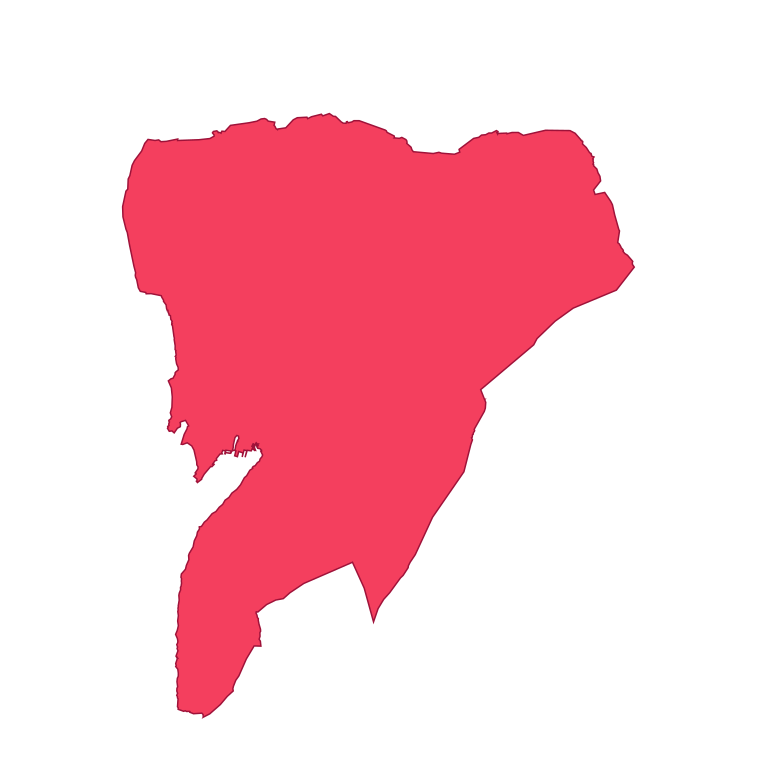 outline of Orkdal nor, Sør-Trøndelag, Norway, rotated 168°
{"feature_id": "86288312B5608393876733", "entity_name": "Orkdal nor", "entity_type": "district", "adm_level": 2, "iso_a3": "NOR", "parent_name": "Norway", "parent_adm1": "Sør-Trøndelag", "projection": "mercator", "projection_center": [9.781, 63.297], "detail": "fine", "context": "isolated", "style": "filled", "palette": "rose", "viewbox_px": 768, "rotation_deg": 168, "n_neighbors": 0, "source": "geoboundaries", "source_scale": "gbopen_adm2", "svg_char_len": 6165}
<svg xmlns="http://www.w3.org/2000/svg" viewBox="0 0 768 768"><g transform="rotate(168 384 384)"><path d="M443.7,153.5L436.5,165.5L429.1,173.4L421.8,178.7L408.2,190.9L405.1,192.8L398.6,199.3L397.9,201.2L395.5,204.2L388.9,210.6L364.2,243.6L324.1,281.5L311.7,306.7L309.1,311.0L309.6,313.2L308.8,313.6L307.9,316.1L307.2,316.3L306.7,317.7L305.3,319.1L305.0,319.8L305.2,320.9L291.6,336.3L289.9,339.3L288.3,344.9L288.8,347.9L288.5,348.1L288.9,348.2L290.6,358.4L229.4,391.2L224.9,396.6L203.5,409.9L183.1,418.9L137.2,427.5L114.9,446.3L116.1,449.3L115.9,451.0L115.2,452.2L119.1,459.4L121.3,461.5L122.6,464.0L122.2,464.5L122.3,465.5L123.8,468.3L123.8,469.2L124.8,472.2L126.0,473.7L121.8,484.8L122.2,486.2L123.2,501.4L123.3,511.9L124.3,515.6L128.3,525.5L138.1,525.5L138.7,530.2L129.9,537.6L129.6,542.3L130.8,546.2L131.1,550.0L133.6,553.8L133.3,554.8L133.9,555.6L133.0,556.8L133.2,558.7L132.7,559.8L133.0,560.7L131.4,562.4L133.2,563.5L133.5,564.3L133.4,565.1L133.7,565.6L133.5,566.4L134.8,567.5L137.0,573.3L139.9,577.4L139.2,579.9L139.8,580.3L139.9,581.1L140.8,581.6L140.8,582.2L144.9,589.5L149.4,593.2L173.3,598.6L196.0,598.2L200.3,602.1L206.5,603.4L211.7,603.2L211.8,603.9L220.5,605.4L220.9,604.8L221.3,606.3L220.3,606.0L220.3,606.8L220.0,607.2L221.3,608.5L226.5,607.1L229.3,607.7L232.7,606.7L236.9,607.2L240.0,605.6L245.3,605.6L261.8,597.9L261.7,595.0L267.3,594.1L279.7,597.8L282.1,599.2L287.9,599.2L307.0,605.1L308.0,607.3L308.3,610.0L311.7,614.6L311.2,615.6L311.2,617.3L311.8,618.6L315.3,621.5L317.9,621.1L322.8,622.6L322.5,622.8L322.5,624.5L328.7,629.5L329.1,631.2L330.1,632.2L353.5,646.7L358.7,647.8L361.0,647.0L364.9,647.0L365.3,648.3L366.2,648.3L366.9,646.9L369.6,647.6L371.3,649.2L375.8,655.8L377.9,656.4L381.2,659.9L388.1,659.0L389.2,660.9L399.4,660.5L403.5,659.4L403.9,661.0L413.5,662.5L417.8,661.3L426.8,655.0L434.8,655.5L435.2,654.9L436.5,656.2L437.1,658.8L437.8,659.7L436.4,662.8L442.6,665.2L443.9,667.3L445.6,668.5L449.2,668.8L453.7,667.5L461.7,667.6L480.4,668.9L487.1,664.1L490.0,665.0L491.3,663.2L492.2,664.1L493.9,664.4L494.0,665.4L494.9,666.4L498.4,666.5L499.6,665.3L498.4,662.9L498.7,661.7L503.3,660.3L514.2,661.4L535.3,665.1L534.8,666.5L546.4,666.6L551.8,667.4L553.6,669.6L557.3,669.8L564.0,672.3L568.0,669.1L572.6,662.3L581.6,654.4L584.9,650.3L589.3,640.6L591.6,637.7L594.1,627.9L596.3,626.3L602.8,611.8L604.6,601.7L604.2,589.2L603.6,585.6L604.0,572.7L604.1,551.3L603.8,544.5L604.7,542.1L604.8,540.2L604.2,537.5L604.3,529.2L603.1,525.3L598.0,523.1L597.9,521.7L593.0,520.8L583.5,516.7L583.3,515.1L582.2,511.7L582.5,510.7L580.7,506.7L581.0,503.0L580.7,500.8L580.1,500.9L580.2,498.8L579.7,497.0L580.0,496.3L578.7,495.3L579.1,491.7L578.2,489.2L578.6,488.8L579.1,486.8L578.8,486.7L579.3,486.1L578.8,485.1L579.6,474.0L579.5,472.5L580.0,471.0L580.3,464.9L581.2,461.0L580.6,460.1L581.0,459.2L581.3,455.5L582.5,454.3L581.9,453.4L582.5,452.0L582.7,446.8L581.9,443.1L582.3,440.6L585.3,439.0L586.1,438.2L586.3,436.9L589.2,433.5L591.2,433.4L594.3,431.9L592.8,424.4L593.8,415.4L596.3,405.3L599.0,400.2L598.5,396.1L599.9,394.2L602.0,393.2L602.1,391.7L601.8,391.4L602.9,389.6L603.0,388.1L604.4,387.5L604.3,386.5L605.0,385.7L603.9,382.4L601.2,382.2L599.4,379.8L595.3,383.7L592.1,384.6L591.4,387.2L591.5,388.7L590.2,389.3L585.7,389.7L584.0,384.5L583.8,383.6L585.1,383.1L586.0,381.1L589.9,376.3L594.9,367.3L593.4,366.7L588.7,367.4L584.9,363.4L583.6,358.9L583.4,346.9L583.9,343.8L583.1,341.7L583.4,340.6L583.7,339.6L587.2,336.3L586.5,335.7L586.5,335.1L589.3,333.3L586.7,330.0L587.1,328.1L587.7,327.9L587.0,326.4L582.2,328.7L581.7,329.8L578.6,333.2L570.6,339.4L569.6,338.9L567.4,340.3L566.3,341.2L567.5,340.4L568.4,341.2L565.3,344.0L563.5,344.2L563.5,345.9L559.0,349.6L556.7,349.3L557.0,350.4L555.6,352.6L553.0,351.6L554.2,348.9L553.8,348.7L552.4,352.1L547.2,350.1L548.7,348.3L552.6,349.6L549.0,348.2L548.2,348.2L546.9,350.0L544.9,350.3L545.7,351.4L544.8,352.9L543.9,356.1L540.9,362.6L538.6,364.3L537.2,363.3L537.3,360.9L539.2,358.9L539.4,358.5L538.3,359.0L540.2,357.2L541.8,354.6L543.4,350.5L544.4,350.4L542.8,349.4L545.0,344.8L542.5,343.4L540.1,348.2L536.3,345.9L537.9,342.1L534.6,348.5L532.1,347.3L535.1,341.2L531.6,347.6L527.8,346.2L525.3,349.5L526.2,350.5L524.0,353.3L524.8,351.8L523.8,351.6L525.8,347.8L525.4,347.0L524.5,347.1L524.4,345.9L523.7,345.6L524.2,346.2L523.9,347.0L524.0,346.3L523.5,346.0L524.1,349.8L523.7,349.9L523.3,351.3L521.2,353.1L520.8,352.4L521.7,351.1L521.7,350.5L521.0,351.6L519.9,351.5L521.3,350.6L519.8,350.2L521.0,348.7L520.9,347.4L518.4,346.2L518.0,344.9L517.6,344.8L517.7,343.8L518.5,343.8L517.5,339.8L518.5,338.2L520.6,336.6L521.9,334.3L524.2,333.4L526.9,330.9L529.1,330.5L530.1,329.7L529.9,328.9L530.4,328.6L533.2,327.5L537.4,322.8L540.0,321.4L545.3,315.2L550.0,311.5L555.5,308.9L559.2,305.3L563.6,303.4L566.8,299.8L570.8,297.7L574.9,294.2L579.1,292.9L585.4,287.8L588.5,286.2L592.2,282.6L594.4,282.7L594.7,280.5L597.3,277.9L598.7,274.5L602.2,270.0L604.6,264.3L609.6,258.9L610.8,256.9L611.4,252.7L615.0,247.7L616.7,244.1L621.7,240.3L622.8,237.2L622.5,235.7L623.2,233.4L623.4,231.4L624.5,228.4L625.3,227.5L625.8,224.8L627.7,222.1L628.6,219.9L629.3,215.1L631.4,209.8L631.6,208.4L632.1,207.8L632.3,205.9L633.0,204.3L633.3,200.2L635.1,195.1L635.4,190.3L637.5,185.9L639.9,182.4L639.0,177.9L639.1,175.3L639.7,173.6L640.9,172.2L640.6,169.6L641.4,168.3L641.0,165.9L643.8,161.4L643.0,159.3L643.6,159.7L643.3,158.8L643.5,158.0L645.9,153.8L645.8,151.8L646.5,151.0L645.0,147.9L645.3,144.0L646.0,140.9L647.3,139.2L648.4,135.9L648.8,130.7L649.8,129.4L650.5,126.7L650.2,124.4L651.5,122.5L651.0,121.1L651.3,119.9L650.9,118.9L653.1,111.2L652.6,110.1L653.0,108.6L648.0,105.5L646.3,105.7L645.4,104.8L642.3,104.2L642.0,104.0L642.2,103.3L638.9,101.1L630.6,99.9L629.6,98.2L630.0,96.7L629.6,96.2L630.0,95.7L623.0,97.6L610.7,104.5L602.2,111.1L595.3,115.1L595.2,117.4L594.1,119.7L590.6,125.0L586.7,128.6L575.8,143.7L565.5,154.8L558.9,153.2L558.4,158.2L559.2,160.3L557.7,163.0L557.1,166.6L556.1,167.8L555.8,169.9L556.2,175.2L556.1,179.2L555.7,180.6L556.4,182.0L556.3,184.2L556.8,186.5L556.3,187.7L554.8,187.2L544.6,192.7L534.8,195.2L527.1,195.0L519.6,199.3L503.9,205.6L451.9,216.2L445.8,188.5L443.7,153.5Z" fill="#f43f5e" stroke="#9f1239" stroke-width="1.5"/></g></svg>